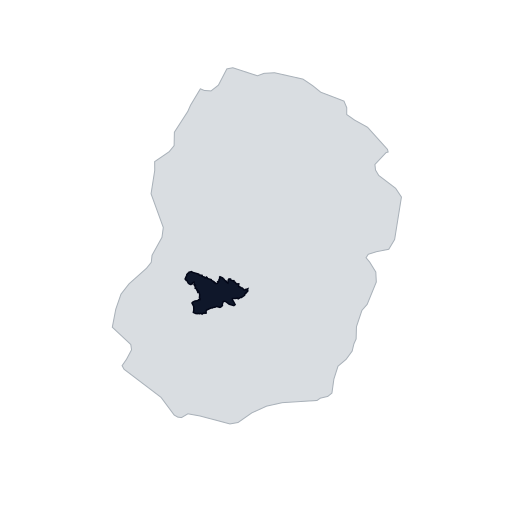 Negotino, Negotino, North Macedonia (highlighted), rotated 124°
{"feature_id": "65306769B63258214258120", "entity_name": "Negotino", "entity_type": "district", "adm_level": 2, "iso_a3": "MKD", "parent_name": "North Macedonia", "parent_adm1": "Negotino", "projection": "albers", "projection_center": [22.101, 41.515], "detail": "fine", "context": "in_parent", "style": "filled", "palette": "ink", "viewbox_px": 512, "rotation_deg": 124, "n_neighbors": 0, "source": "geoboundaries", "source_scale": "gbopen_adm2", "svg_char_len": 2873}
<svg xmlns="http://www.w3.org/2000/svg" viewBox="0 0 512 512"><g transform="rotate(124 256 256)"><path d="M234.1,136.8L241.8,137.8L258.4,133.2L268.8,126.6L274.1,125.7L281.1,123.1L291.2,123.5L301.5,126.4L314.5,122.6L327.2,116.4L332.3,118.0L337.9,123.2L341.6,124.6L362.9,152.2L374.6,163.3L388.3,171.7L404.1,177.8L409.8,183.7L420.0,213.1L424.9,224.2L431.6,227.4L433.3,230.7L433.6,234.9L426.3,255.7L423.7,302.0L421.8,305.7L413.9,305.6L403.4,306.7L399.4,310.3L395.4,335.3L378.5,342.5L363.1,346.6L350.1,345.7L327.3,339.9L319.8,339.3L313.5,342.6L293.1,344.4L284.2,348.8L263.1,377.8L241.7,387.8L234.4,392.8L218.1,386.3L210.3,385.6L199.0,392.9L174.2,393.4L167.5,394.6L148.5,395.6L147.7,391.5L144.3,385.6L135.4,382.7L117.2,384.8L112.9,380.5L105.8,355.6L100.1,351.5L93.7,343.1L83.1,316.0L83.1,304.2L84.0,293.9L78.4,269.7L82.3,263.7L88.0,259.9L88.2,250.2L86.9,235.5L94.1,206.6L95.9,204.6L97.6,206.0L113.6,208.6L117.9,205.0L120.6,199.3L121.8,178.1L125.8,168.4L164.8,150.3L176.2,149.7L184.9,158.4L191.8,163.9L195.9,163.8L197.5,158.3L202.3,147.7L210.3,141.7L233.9,136.8L234.1,136.8Z" fill="#d9dde1" stroke="#a8b0b8" stroke-width="1"/><path d="M291.4,265.6L294.2,264.2L294.1,266.1L293.5,266.6L293.7,268.2L293.1,269.7L293.2,271.0L292.8,271.3L293.3,274.3L293.8,274.4L295.0,273.4L296.1,273.6L297.1,272.8L298.7,273.4L298.9,272.6L300.2,272.7L301.3,273.9L301.0,275.0L301.5,275.6L300.8,276.3L301.1,279.3L300.6,279.9L301.9,283.9L301.3,284.2L301.1,285.3L302.8,285.9L302.3,286.9L303.1,289.4L302.2,289.8L303.0,291.6L303.7,292.1L303.0,293.3L305.1,299.6L304.9,300.6L306.9,302.5L307.9,302.3L308.4,302.8L310.1,303.0L311.0,302.3L311.6,302.5L314.7,301.9L315.3,300.1L314.9,299.5L316.3,297.2L316.5,295.6L316.1,294.0L314.9,293.6L314.6,293.1L313.9,293.7L312.3,292.8L313.9,291.2L314.0,290.4L314.5,291.0L315.7,288.7L316.7,288.5L316.6,286.5L317.0,285.8L317.3,286.0L317.6,285.5L317.3,284.7L318.2,284.5L318.7,283.9L317.7,283.3L319.6,281.0L322.5,279.4L322.7,278.3L323.7,278.1L324.4,279.2L325.6,279.3L327.4,281.4L329.5,282.6L330.8,282.8L332.6,279.5L335.5,277.4L337.8,276.4L337.4,273.8L336.6,272.3L335.9,271.9L335.7,270.8L334.6,269.9L334.3,268.2L333.6,268.4L332.6,267.0L331.9,267.2L331.8,266.0L331.2,265.4L329.6,266.6L328.5,266.7L324.2,264.2L323.7,263.3L322.8,262.9L321.3,261.3L319.9,260.5L318.8,257.2L318.1,256.7L315.9,256.1L315.3,256.7L313.5,257.4L311.9,257.6L311.4,257.2L310.7,255.5L311.0,251.3L309.5,246.6L308.0,246.1L306.0,249.8L306.0,250.6L304.4,251.8L302.5,249.0L301.3,248.0L301.5,246.8L298.9,245.6L298.6,244.9L294.9,243.5L294.0,244.0L293.0,243.7L292.6,243.9L292.1,243.5L291.7,243.8L290.8,243.3L289.6,243.2L288.9,243.8L289.4,244.9L289.2,245.5L288.4,244.4L287.8,244.5L290.9,246.7L290.2,249.4L290.8,250.7L290.5,251.3L291.0,253.4L288.7,254.7L290.1,256.7L289.4,258.6L289.6,260.0L288.8,260.5L289.9,262.3L290.0,263.3L289.3,264.2L290.1,265.6L291.4,265.6Z" fill="#0f172a" stroke="#020617" stroke-width="1.5"/></g></svg>